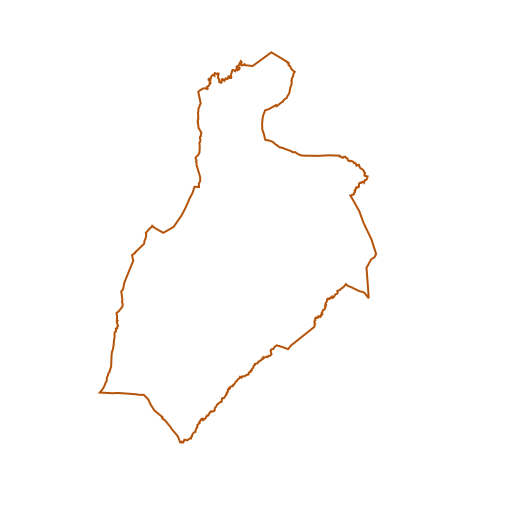 the district of Vaals, Netherlands, rotated 106°
{"feature_id": "6326949B17278408062250", "entity_name": "Vaals", "entity_type": "district", "adm_level": 2, "iso_a3": "NLD", "parent_name": "Netherlands", "parent_adm1": "", "projection": "equal_earth", "projection_center": [5.971, 50.778], "detail": "fine", "context": "isolated", "style": "outline", "palette": "amber", "viewbox_px": 512, "rotation_deg": 106, "n_neighbors": 0, "source": "geoboundaries", "source_scale": "gbopen_adm2", "svg_char_len": 6070}
<svg xmlns="http://www.w3.org/2000/svg" viewBox="0 0 512 512"><g transform="rotate(106 256 256)"><path d="M112.6,355.8L114.2,356.7L124.6,351.2L126.9,351.7L128.7,351.5L130.3,352.0L133.2,351.2L134.4,351.3L137.5,350.0L139.5,349.7L139.9,349.2L141.8,349.5L143.0,348.6L143.7,348.9L146.5,347.3L148.5,346.7L152.6,342.4L154.5,342.6L155.9,342.0L157.0,342.6L158.1,342.5L159.5,341.5L161.7,341.2L163.0,341.6L166.3,340.2L172.1,338.9L174.6,339.3L177.7,341.1L179.1,340.8L180.6,339.4L182.0,339.7L182.5,339.0L185.1,338.1L195.4,331.5L199.3,330.3L202.2,330.9L205.4,329.8L206.4,334.2L213.3,334.4L218.0,335.5L229.4,337.1L237.3,338.7L250.7,343.2L259.3,351.5L256.9,361.3L255.6,364.1L257.1,364.3L258.0,365.4L264.3,368.3L265.4,367.5L267.2,367.1L270.0,367.0L271.7,367.4L275.0,366.9L285.8,373.2L286.1,372.9L289.4,375.4L294.3,372.7L317.9,375.2L324.9,374.6L326.3,375.5L327.3,375.7L335.1,372.3L337.2,372.1L339.1,370.8L341.6,370.5L347.0,372.7L349.3,374.4L352.0,373.0L356.4,371.9L356.5,371.3L357.6,371.8L361.3,369.3L363.3,370.0L363.9,369.6L364.6,370.7L367.1,369.8L368.1,370.8L368.9,370.8L373.1,369.5L375.3,369.4L380.4,368.4L385.0,367.8L387.9,368.0L390.8,367.6L402.0,364.8L408.2,365.0L409.9,365.6L411.6,365.4L413.9,365.8L417.1,365.1L418.6,365.6L422.8,365.9L425.9,366.6L430.3,368.5L427.4,355.8L426.0,352.0L425.3,349.2L422.0,333.3L421.8,330.8L420.4,325.6L423.5,320.1L427.8,316.4L431.7,312.0L432.8,310.4L436.7,301.4L437.4,301.7L438.2,300.8L438.7,299.8L438.6,299.1L439.4,297.6L443.4,291.8L445.7,289.1L450.1,282.5L451.6,280.8L456.0,277.7L455.7,276.8L455.8,276.1L455.2,276.1L455.4,275.7L454.8,275.0L455.0,274.5L452.5,274.2L452.5,273.5L452.1,273.3L452.2,271.3L449.8,269.5L449.3,268.1L448.2,268.5L446.9,267.8L446.2,268.1L444.3,267.7L442.9,267.1L441.7,265.7L440.1,266.1L438.3,265.6L437.3,265.7L436.8,265.3L434.7,265.8L434.2,265.1L432.1,264.8L432.0,264.2L430.7,264.7L430.0,264.1L427.7,263.6L427.3,262.9L427.8,262.9L428.5,261.9L427.3,261.4L427.4,260.7L425.7,259.8L422.9,259.1L423.1,258.6L422.4,257.9L419.5,257.4L418.9,257.2L418.8,256.7L417.7,256.5L417.4,254.7L417.0,254.5L416.7,253.7L415.8,253.2L413.8,253.7L411.3,252.6L409.9,252.6L406.6,250.4L405.8,249.4L405.8,249.0L402.1,249.4L401.5,247.7L398.0,246.5L397.0,246.5L396.9,246.0L395.2,246.4L394.3,245.6L392.2,246.2L391.7,245.7L391.1,245.8L391.1,244.9L390.3,244.6L389.6,245.0L389.1,244.8L388.1,243.8L387.5,242.4L386.1,242.4L385.7,241.7L382.2,240.7L380.7,239.6L379.5,239.5L377.9,238.0L376.5,238.1L376.3,236.8L376.7,236.3L375.5,235.9L375.4,235.2L374.9,234.7L374.9,234.1L373.4,232.5L372.8,232.3L372.4,231.0L371.5,230.4L370.5,230.8L369.6,230.4L368.9,229.3L367.8,229.6L367.3,229.3L367.8,229.1L367.0,228.5L365.9,228.8L364.0,227.8L362.5,228.1L361.7,227.8L361.2,227.1L360.0,227.3L358.7,224.9L356.7,224.5L356.1,223.5L355.5,223.4L355.2,222.6L353.4,221.7L352.7,221.7L352.9,221.0L352.0,220.5L351.2,220.7L351.4,220.0L351.2,219.5L349.7,217.9L349.9,217.0L348.5,216.4L348.2,215.2L346.4,214.0L342.5,216.0L341.1,215.0L340.8,213.8L338.0,212.9L336.2,211.5L336.2,205.9L336.7,199.5L332.5,197.8L308.3,180.6L306.9,180.3L305.6,180.9L304.8,180.5L303.8,181.5L302.6,181.9L301.5,181.3L301.2,181.7L299.1,181.7L298.5,181.2L298.9,180.6L297.8,179.0L296.8,179.5L296.2,177.7L296.6,177.3L296.1,177.0L294.9,176.7L294.5,177.1L293.5,176.2L292.8,177.2L292.2,176.9L290.7,176.8L289.2,176.5L288.7,175.6L287.2,175.1L285.9,175.6L285.2,175.1L284.4,175.9L283.6,175.2L282.7,176.1L280.0,175.4L278.4,175.7L277.3,175.4L277.1,175.1L277.6,174.5L276.7,173.2L275.9,173.4L275.3,172.1L274.7,172.1L275.1,171.4L273.9,171.3L273.9,170.2L274.3,170.0L274.2,169.9L271.0,169.1L270.2,167.9L269.0,167.3L267.0,168.2L266.0,166.4L262.6,164.2L262.2,163.5L258.3,161.8L259.4,159.7L259.6,156.5L261.3,147.1L261.2,143.5L261.6,141.4L265.1,136.6L264.6,136.3L236.9,146.5L227.9,144.5L226.6,143.8L224.9,142.0L222.6,141.2L221.5,141.5L220.9,141.1L207.8,149.9L194.4,161.9L184.4,169.1L171.8,181.9L171.6,181.1L170.7,180.5L170.6,180.0L169.8,179.0L168.6,179.3L167.2,178.5L166.2,178.6L165.7,179.3L164.2,178.4L163.2,178.8L162.8,178.3L162.2,178.3L161.9,176.7L161.4,176.7L160.9,176.1L158.9,176.8L157.7,176.8L156.9,176.2L157.0,175.4L156.3,175.3L156.0,174.8L156.1,174.4L155.3,173.9L155.5,173.1L155.1,172.9L155.6,172.4L153.0,172.2L152.4,171.0L150.8,170.6L148.7,170.7L149.0,173.7L148.5,174.1L146.3,174.0L146.1,174.7L144.3,176.0L143.0,178.5L143.0,179.5L142.3,180.7L140.0,182.1L139.9,182.6L141.5,184.0L141.0,184.9L139.4,185.7L139.6,187.5L138.8,188.1L138.3,190.0L138.5,191.8L138.8,191.9L138.6,192.2L139.0,193.0L138.3,194.3L137.0,195.1L136.7,196.1L136.9,196.7L136.0,197.5L136.4,198.9L137.8,199.7L137.1,201.6L137.4,202.9L136.5,203.3L139.2,213.9L142.5,223.5L146.8,239.4L146.6,243.4L145.4,246.8L145.8,248.4L146.2,249.2L145.5,251.0L145.0,258.6L144.7,259.6L145.0,261.2L144.7,262.4L145.0,263.2L144.5,264.8L143.8,265.8L143.6,267.3L141.6,271.5L141.4,275.9L141.9,278.8L140.8,279.8L136.8,281.9L132.7,284.8L126.8,286.7L121.1,287.7L118.1,287.8L113.3,287.3L111.6,284.5L105.4,278.3L106.4,277.5L106.0,277.1L102.4,274.7L100.1,272.6L98.6,272.5L95.4,270.0L94.0,270.0L92.0,269.3L89.5,268.9L84.5,269.5L82.9,269.1L79.6,269.3L78.1,270.3L77.1,270.0L76.0,270.5L72.2,269.8L70.9,270.3L68.3,269.5L67.3,272.1L66.3,273.7L64.3,275.4L63.5,277.4L62.4,277.3L61.6,278.7L61.1,278.4L56.0,297.4L74.3,311.6L75.7,319.7L74.9,320.0L76.3,321.4L76.8,322.4L76.3,323.2L74.0,323.2L73.2,323.6L72.8,324.2L74.7,324.8L77.8,325.0L78.9,326.6L79.6,326.9L80.5,326.4L80.7,325.7L79.6,323.7L80.0,323.5L81.1,323.6L82.6,325.0L82.6,325.4L81.7,325.6L81.7,326.2L84.2,327.0L83.4,329.0L83.8,329.9L89.5,330.0L90.6,329.1L91.7,329.0L92.1,330.6L90.9,331.2L90.8,331.9L93.6,332.0L94.0,332.5L93.5,333.7L93.7,334.3L96.3,334.6L96.1,335.5L95.1,336.8L95.2,337.3L96.6,337.6L98.5,336.9L99.2,337.5L98.8,339.4L96.5,340.1L95.4,341.1L95.3,341.7L91.0,342.2L91.1,343.1L92.0,343.6L91.5,345.2L91.5,346.0L92.3,346.2L94.2,345.6L93.8,346.9L94.2,347.8L96.3,348.5L98.1,348.4L98.4,349.0L98.5,350.1L99.0,350.4L100.0,349.9L100.0,349.4L99.3,348.7L99.4,348.3L101.9,348.4L101.9,347.6L102.4,347.3L103.9,348.1L105.3,348.2L106.8,349.7L108.2,348.6L108.7,348.6L109.1,349.3L108.7,350.7L109.5,353.0L112.6,355.8Z" fill="none" stroke="#b45309" stroke-width="2"/></g></svg>